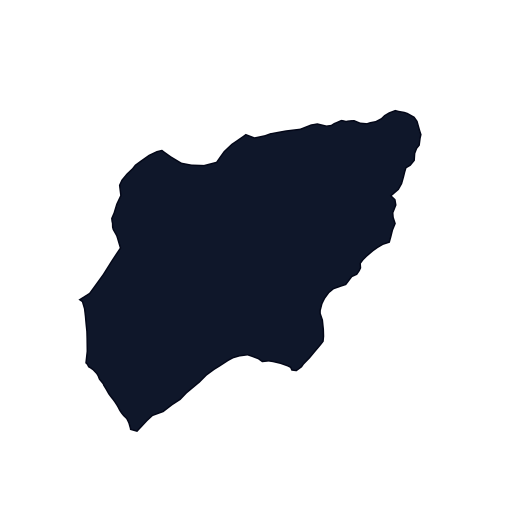 outline of Shengabjimi, Punakha, Bhutan, rotated 342°
{"feature_id": "84629894B92148036486457", "entity_name": "Shengabjimi", "entity_type": "district", "adm_level": 2, "iso_a3": "BTN", "parent_name": "Bhutan", "parent_adm1": "Punakha", "projection": "albers", "projection_center": [89.954, 27.607], "detail": "fine", "context": "isolated", "style": "filled", "palette": "ink", "viewbox_px": 512, "rotation_deg": 342, "n_neighbors": 0, "source": "geoboundaries", "source_scale": "gbopen_adm2", "svg_char_len": 2513}
<svg xmlns="http://www.w3.org/2000/svg" viewBox="0 0 512 512"><g transform="rotate(342 256 256)"><path d="M88.7,385.8L101.5,378.7L108.2,375.6L119.6,375.2L130.2,371.4L139.5,368.9L147.5,364.6L161.0,359.2L163.1,358.4L164.4,357.7L172.0,353.8L181.4,350.7L187.2,349.3L197.2,346.6L202.7,345.6L209.4,345.8L213.1,346.5L217.5,347.3L221.4,350.2L226.6,354.4L229.4,358.3L235.6,359.6L239.6,361.6L246.2,365.6L252.2,370.2L254.6,372.6L254.9,375.5L258.9,377.4L265.0,375.4L267.6,373.4L275.4,369.3L281.7,365.3L290.2,360.0L293.4,357.8L295.4,353.2L297.3,346.7L299.3,337.4L299.2,330.5L300.1,327.7L303.9,321.7L306.1,319.4L308.2,317.3L313.9,313.2L319.5,311.0L326.9,310.8L332.5,310.8L336.4,308.1L340.7,305.1L346.1,304.5L349.5,301.9L351.7,299.6L352.8,295.2L356.6,292.5L360.9,290.3L368.9,287.0L374.0,285.4L380.2,284.0L387.0,284.0L390.0,279.5L393.8,273.4L398.3,268.1L398.3,261.7L399.4,257.1L404.7,250.7L405.5,245.4L402.8,240.4L411.9,236.6L416.8,232.1L420.6,226.4L423.2,222.2L425.8,218.4L430.7,217.3L436.0,213.9L438.6,207.4L442.0,203.2L445.4,201.0L448.5,194.5L450.3,191.5L450.3,187.3L450.7,177.7L449.2,172.9L443.9,167.2L441.3,165.3L436.4,162.7L433.4,160.8L426.9,161.1L421.7,162.3L417.9,164.2L411.5,165.3L405.8,164.6L402.4,164.6L396.0,161.9L391.1,157.7L388.8,157.0L385.1,156.2L383.2,156.0L380.5,154.3L379.0,153.6L374.1,154.1L371.4,154.3L368.0,155.2L363.1,154.3L355.1,149.4L352.1,149.0L348.9,148.5L345.9,148.7L337.2,149.2L335.2,148.8L327.1,147.2L323.0,146.4L307.5,144.3L301.8,144.5L294.3,143.7L291.0,143.3L283.8,137.5L280.8,138.5L267.6,142.4L258.1,146.9L252.0,151.4L247.5,154.8L234.5,154.0L227.6,151.5L222.6,149.7L213.7,144.8L212.1,143.0L205.5,135.4L200.7,128.9L199.1,126.6L194.0,126.2L185.5,127.3L175.8,130.3L169.4,132.4L167.9,133.4L165.7,134.9L158.6,138.3L152.0,142.5L148.2,146.6L147.3,151.1L146.2,156.8L139.7,163.7L138.5,165.4L134.4,171.3L130.5,175.7L129.9,178.4L129.7,180.6L128.6,184.3L128.5,186.7L129.5,191.6L129.9,193.7L129.9,195.8L129.6,206.6L124.2,210.8L117.1,216.5L105.0,226.6L93.2,235.2L86.3,240.2L74.9,243.1L76.9,245.7L76.7,253.2L75.2,260.7L73.6,267.6L71.9,275.5L69.8,282.6L66.1,294.5L61.3,305.1L61.9,306.1L62.3,307.3L62.7,309.7L64.1,311.2L66.1,313.9L67.7,317.3L68.3,318.6L68.9,321.1L69.1,324.7L71.3,330.4L71.3,331.8L72.4,336.3L73.5,341.7L74.3,344.1L75.0,346.1L75.7,347.9L76.7,350.9L77.8,355.0L78.3,357.4L78.5,358.6L78.7,360.1L79.2,362.1L79.7,363.8L80.5,365.9L80.9,366.9L82.4,369.7L82.9,370.7L83.2,372.6L83.4,374.0L83.6,376.0L83.5,377.8L83.4,381.0L83.2,382.1L88.7,385.8Z" fill="#0f172a" stroke="#020617" stroke-width="1.5"/></g></svg>